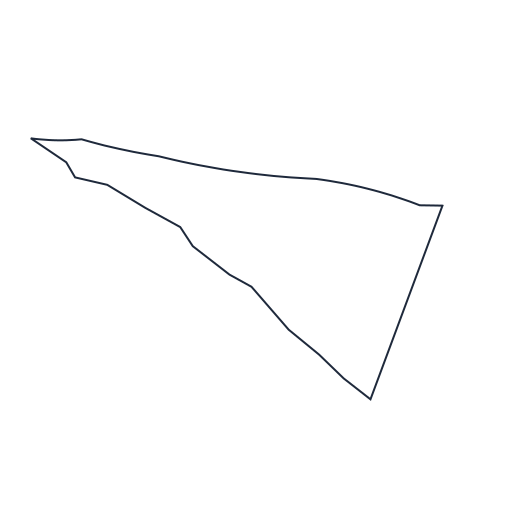 Ras al-Bar, Dumyat, Egypt (Equal Earth projection), rotated 257°
{"feature_id": "37247803B87284090425389", "entity_name": "Ras al-Bar", "entity_type": "district", "adm_level": 2, "iso_a3": "EGY", "parent_name": "Egypt", "parent_adm1": "Dumyat", "projection": "equal_earth", "projection_center": [31.836, 31.51], "detail": "fine", "context": "isolated", "style": "outline", "palette": "slate", "viewbox_px": 512, "rotation_deg": 257, "n_neighbors": 0, "source": "geoboundaries", "source_scale": "gbopen_adm2", "svg_char_len": 1160}
<svg xmlns="http://www.w3.org/2000/svg" viewBox="0 0 512 512"><g transform="rotate(257 256 256)"><path d="M263.1,449.0L263.2,448.8L263.3,448.3L264.8,442.3L268.3,428.1L268.5,427.5L268.6,426.9L271.1,423.2L274.6,417.9L277.9,412.6L281.2,407.2L284.5,401.8L287.6,396.3L290.7,390.8L293.7,385.2L296.6,379.6L299.5,373.9L302.3,368.1L305.0,362.3L307.6,356.5L310.1,350.6L312.6,344.7L315.0,338.7L317.3,332.7L317.5,332.1L317.7,331.5L320.0,323.6L322.4,315.5L324.8,307.4L327.4,299.3L330.0,291.2L332.8,283.2L335.6,275.2L338.5,267.3L341.5,259.4L344.5,251.5L347.6,243.7L350.9,235.9L354.2,228.2L357.5,220.5L361.0,212.8L364.5,205.2L368.1,197.7L371.8,190.2L375.0,183.8L376.4,180.4L379.2,173.6L382.1,166.8L385.0,160.1L388.1,153.4L391.2,146.7L394.4,140.1L397.6,133.5L401.0,127.0L404.4,120.6L407.9,114.2L408.9,112.4L409.2,110.7L409.8,106.3L410.6,101.9L411.4,97.5L412.3,93.2L413.3,88.9L414.4,84.6L415.6,80.3L416.9,76.1L418.2,71.9L419.6,67.7L421.1,63.6L421.4,63.0L421.2,63.2L390.0,92.2L373.3,97.4L358.8,127.1L327.6,159.2L301.2,188.7L279.8,196.6L243.8,226.0L227.0,244.7L176.8,271.3L145.7,295.3L117.0,313.9L90.6,335.3L263.1,449.0Z" fill="none" stroke="#1e293b" stroke-width="2"/></g></svg>